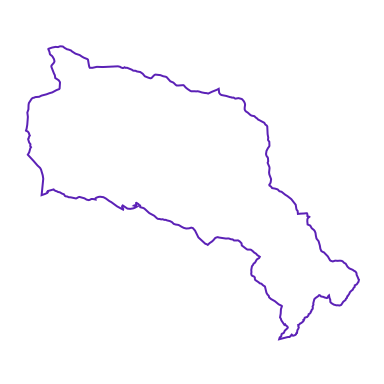 outline of Valea Ierii, Cluj, Romania, rotated 88°
{"feature_id": "2599482B95290613359909", "entity_name": "Valea Ierii", "entity_type": "district", "adm_level": 2, "iso_a3": "ROU", "parent_name": "Romania", "parent_adm1": "Cluj", "projection": "orthographic", "projection_center": [23.285, 46.581], "detail": "fine", "context": "isolated", "style": "outline", "palette": "violet", "viewbox_px": 384, "rotation_deg": 88, "n_neighbors": 0, "source": "geoboundaries", "source_scale": "gbopen_adm2", "svg_char_len": 5914}
<svg xmlns="http://www.w3.org/2000/svg" viewBox="0 0 384 384"><g transform="rotate(88 192 192)"><path d="M149.0,354.8L155.5,349.2L160.1,345.5L162.6,343.0L164.3,342.1L170.1,340.6L173.6,340.2L189.9,342.4L188.8,338.9L187.9,336.7L187.0,336.7L186.9,336.0L186.0,336.0L184.6,330.2L185.3,329.7L186.1,328.4L186.6,327.0L187.3,325.9L187.7,324.1L189.1,321.9L189.8,320.1L191.4,319.2L191.9,318.4L192.2,316.7L192.9,315.5L193.1,313.4L194.4,308.2L194.3,307.7L193.2,305.6L193.0,304.6L194.6,299.6L195.9,297.7L196.5,295.6L196.3,294.5L195.5,292.9L195.5,291.3L196.2,288.6L195.0,288.7L194.4,287.9L193.7,285.8L193.5,284.1L194.1,280.7L195.5,278.3L198.2,274.9L199.3,273.0L203.8,267.3L207.2,261.5L206.6,261.3L204.2,262.4L203.4,262.1L203.0,261.7L206.2,257.3L206.4,256.8L206.7,254.3L206.3,251.3L205.8,249.8L204.6,247.4L203.6,250.5L203.4,250.2L203.2,248.9L202.8,248.2L201.1,248.3L200.9,247.9L202.2,246.0L203.3,245.2L203.7,244.3L205.4,244.2L206.2,241.5L206.8,240.3L211.6,235.4L214.4,230.6L217.0,228.0L217.5,227.3L217.7,226.9L217.8,225.4L218.3,223.8L218.2,222.3L218.9,220.6L218.9,219.2L219.5,218.0L220.3,215.1L221.4,213.1L223.2,211.4L223.9,209.6L224.4,206.9L224.8,206.0L226.4,203.6L227.6,201.4L228.3,199.0L228.2,196.2L227.6,194.0L228.1,192.4L230.7,190.3L237.6,187.2L244.2,180.5L244.7,179.1L245.4,178.1L243.7,176.2L242.2,173.8L241.0,172.4L238.7,170.3L238.2,168.8L238.0,167.8L238.4,166.8L239.7,159.8L239.7,156.9L240.6,154.7L240.8,153.0L241.9,151.7L242.0,147.6L243.0,146.1L245.0,144.3L247.2,144.1L247.4,143.8L251.1,139.3L251.5,138.4L251.6,135.8L251.9,134.9L253.8,132.7L254.3,132.5L256.0,130.0L257.3,129.0L259.1,126.5L260.3,127.2L261.7,129.6L264.8,131.5L265.7,132.9L267.0,133.6L268.3,134.7L272.0,135.5L274.1,135.4L275.8,135.7L277.3,135.3L277.9,134.7L278.6,133.1L279.2,132.5L279.7,132.2L281.2,132.2L282.2,131.8L284.5,128.6L285.6,127.5L286.1,125.8L287.6,124.4L289.0,122.4L295.3,121.1L297.2,120.1L298.3,119.0L300.0,118.6L301.7,116.8L304.0,113.0L307.3,109.3L308.7,106.6L309.2,106.1L312.2,107.2L316.6,107.6L320.4,108.4L321.8,107.6L323.4,107.2L328.0,104.3L327.5,103.6L328.1,103.3L329.9,101.3L330.8,101.0L331.5,101.4L333.8,104.1L335.9,105.1L336.3,105.6L336.6,106.7L337.2,107.4L339.3,107.9L340.4,109.4L342.2,110.0L340.3,101.4L340.3,99.5L338.0,97.3L338.4,96.9L339.0,96.8L339.1,95.6L338.6,94.0L337.9,93.0L336.9,92.8L336.5,92.4L336.5,92.0L333.8,91.5L332.3,90.5L330.9,90.0L329.7,90.5L329.1,90.3L328.6,90.5L328.2,89.4L327.3,88.7L326.7,87.3L325.3,85.5L324.4,84.8L323.8,85.2L323.0,84.2L321.7,83.8L321.4,83.4L320.9,81.2L320.5,81.0L319.6,80.0L318.2,79.7L317.6,78.5L316.6,77.6L315.6,77.4L315.4,77.0L313.8,76.4L313.5,75.8L312.6,75.4L311.8,75.3L310.7,75.5L308.9,74.6L307.5,74.7L303.4,73.5L302.2,72.2L300.5,69.5L299.5,68.5L299.7,67.8L300.9,66.7L301.5,64.0L302.0,63.4L302.7,60.9L302.5,60.4L300.6,59.3L300.1,58.7L302.6,58.3L304.5,57.6L306.7,57.6L307.9,56.6L309.5,54.2L310.3,51.6L310.3,50.2L310.6,48.4L310.0,46.8L307.0,44.7L305.2,42.3L303.9,41.8L303.3,40.9L301.7,40.5L301.3,39.8L300.9,39.7L299.9,38.8L298.5,38.0L297.8,37.8L296.1,36.0L295.4,34.9L293.3,33.7L292.5,32.7L291.0,32.6L290.1,30.7L289.2,29.9L288.1,29.3L287.7,28.8L285.5,28.2L284.5,28.9L284.0,28.9L280.4,30.4L279.3,30.4L278.2,30.7L277.1,31.6L276.3,33.0L275.4,34.1L273.8,37.5L272.1,39.2L269.0,40.9L268.0,42.6L266.8,43.6L266.1,44.7L265.8,46.5L265.9,48.8L265.6,51.3L266.3,53.7L265.7,55.5L265.1,56.4L261.1,58.5L256.9,62.3L256.4,63.5L255.5,64.8L253.2,65.7L250.0,66.1L245.6,67.2L242.9,69.2L240.2,69.7L237.3,70.0L235.5,70.6L234.2,71.5L232.4,73.6L229.7,75.0L228.5,77.6L225.2,77.8L223.1,77.6L221.7,76.8L221.2,75.8L221.0,75.6L220.7,76.0L220.2,77.5L218.2,77.5L217.3,77.8L217.2,78.1L217.4,81.5L217.4,83.9L217.6,86.9L214.6,87.1L213.3,88.1L212.5,88.3L208.4,88.8L202.6,93.0L199.4,96.8L198.0,98.9L194.9,102.5L194.3,104.6L192.4,106.3L191.5,108.9L190.9,111.8L189.4,112.8L188.2,114.4L187.4,114.5L186.3,113.6L184.9,113.0L181.9,112.5L177.1,114.1L175.2,114.3L171.0,113.7L169.7,113.8L165.5,115.4L164.0,114.8L160.9,114.9L159.9,115.2L159.2,115.9L158.1,116.4L156.6,116.7L153.5,116.1L150.7,114.5L149.1,113.2L148.3,113.0L144.5,113.0L142.9,114.1L142.1,114.2L140.4,113.9L136.9,114.4L129.1,114.5L128.2,115.0L127.1,116.4L125.4,117.3L121.7,123.7L120.9,124.2L119.8,125.7L118.4,127.0L117.8,129.6L117.2,130.8L114.6,133.5L113.3,135.4L112.1,136.2L111.1,136.5L109.4,136.4L106.7,135.9L105.2,136.1L103.3,136.9L101.1,138.6L100.7,139.3L99.8,142.3L100.2,145.3L100.0,145.9L99.1,147.1L99.1,148.7L98.7,149.5L98.5,150.7L97.2,154.4L96.1,159.2L95.3,160.4L93.8,161.4L89.8,161.7L90.7,163.5L92.5,168.5L94.2,172.4L93.7,173.9L93.5,175.7L92.8,178.8L92.0,180.9L91.5,182.8L91.6,184.3L91.4,186.0L91.3,189.2L90.9,190.1L88.8,193.0L87.3,194.7L85.2,196.4L84.9,197.0L85.1,202.0L85.0,203.7L84.3,204.6L82.0,206.8L80.6,209.8L76.4,213.3L75.9,214.2L75.3,216.8L74.1,219.5L73.4,224.4L73.6,225.1L74.3,226.1L76.7,228.5L76.9,229.6L76.2,231.7L74.7,235.1L72.1,237.1L70.3,239.5L69.6,242.9L68.9,244.1L68.7,246.3L68.4,247.0L67.7,247.8L65.6,252.5L65.6,254.0L65.0,255.1L65.6,256.0L65.7,256.9L65.1,258.5L64.3,259.7L63.8,261.7L64.0,276.8L63.6,282.7L64.4,287.1L64.3,289.8L63.3,290.3L60.3,290.8L56.3,291.3L55.6,291.8L54.0,295.4L52.9,297.2L51.2,299.5L49.7,303.6L47.2,307.2L46.4,307.9L45.4,310.3L45.0,311.9L43.6,314.2L42.1,316.0L41.8,318.3L41.9,319.2L42.5,320.8L42.2,323.3L42.8,326.9L43.9,330.5L44.3,330.6L46.8,329.6L49.2,329.2L50.0,328.6L51.1,327.2L52.1,326.5L54.4,325.3L56.4,324.9L57.0,325.0L58.1,325.6L60.6,327.9L61.4,328.2L62.5,328.0L68.8,325.8L70.5,325.0L73.3,324.7L75.7,321.3L77.3,320.3L78.0,320.1L83.9,320.7L84.5,321.1L85.4,323.8L87.6,328.2L88.3,331.1L89.3,334.0L90.4,339.0L91.5,341.4L91.7,345.3L92.2,346.4L92.4,347.7L92.9,348.6L93.5,349.2L97.4,351.9L99.2,352.3L103.7,352.6L106.9,353.8L111.2,353.4L119.1,354.3L123.0,355.1L124.9,355.8L125.1,355.6L125.7,354.2L126.5,353.5L127.8,352.8L129.1,352.6L129.8,352.1L131.7,353.2L132.6,353.3L133.1,353.8L133.6,353.9L136.9,353.0L138.6,351.8L140.4,352.1L141.6,351.3L142.5,352.0L146.6,353.3L149.0,354.8Z" fill="none" stroke="#5b21b6" stroke-width="2"/></g></svg>